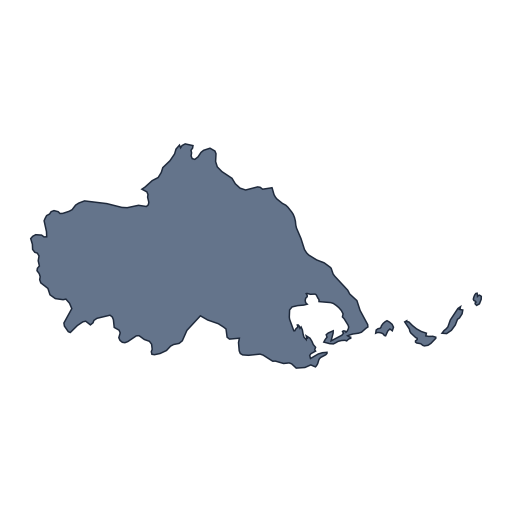 the border of Thessalia
{"feature_id": "GRC-2900", "entity_name": "Thessalia", "entity_type": "Region", "adm_level": 1, "iso_a3": "GRC", "parent_name": "Greece", "parent_adm1": "", "projection": "robinson", "projection_center": [22.751, 39.565], "detail": "fine", "context": "isolated", "style": "filled", "palette": "slate", "viewbox_px": 512, "rotation_deg": 0, "n_neighbors": 0, "source": "natural_earth", "source_scale": "10m", "svg_char_len": 4728}
<svg xmlns="http://www.w3.org/2000/svg" viewBox="0 0 512 512"><path d="M272.0,187.7L272.1,187.9L274.0,194.6L275.2,196.8L276.7,198.8L282.4,203.4L285.8,205.2L287.9,207.2L291.7,212.0L293.2,214.3L294.5,217.5L295.4,221.2L295.8,225.2L296.5,228.1L301.0,238.6L304.5,249.6L306.7,253.0L308.7,255.0L316.6,259.9L324.3,262.9L330.1,267.2L330.6,267.6L331.2,268.4L333.1,274.0L334.8,276.3L347.7,290.2L349.7,294.0L356.9,300.6L360.1,310.5L367.7,324.6L367.9,327.0L366.3,328.0L361.5,332.2L358.5,333.2L352.8,334.0L349.9,334.9L347.6,335.8L348.4,336.3L349.1,336.7L349.7,337.0L350.7,337.2L350.7,338.3L349.4,338.7L348.3,339.4L347.4,340.1L346.7,340.9L344.9,340.3L341.5,340.5L338.0,341.4L335.8,342.7L333.4,343.9L329.9,343.7L323.8,342.1L325.2,339.5L327.0,337.2L326.2,334.7L328.2,333.0L333.2,330.8L333.1,333.2L331.1,340.9L341.9,335.2L343.5,333.2L342.5,331.5L343.3,330.9L344.8,331.0L345.6,331.4L346.0,332.2L347.1,331.2L348.2,329.1L348.7,327.0L348.0,325.0L344.1,318.7L342.4,316.9L343.1,313.9L341.4,310.6L338.8,307.6L336.2,305.4L333.3,303.4L330.7,302.6L319.0,301.6L318.9,300.9L319.1,300.1L318.7,299.2L317.9,298.1L316.4,295.1L315.6,294.3L314.5,294.1L310.4,294.3L307.0,293.4L306.2,293.6L307.2,295.4L307.2,296.7L305.7,298.2L305.2,300.3L305.6,302.6L307.2,304.2L303.7,305.1L297.7,305.6L292.1,306.9L289.6,309.9L289.3,317.1L289.6,319.3L293.8,330.8L294.8,330.8L295.9,328.8L297.9,327.0L297.3,325.0L298.1,324.9L299.3,326.2L300.0,328.3L301.1,327.0L302.4,330.0L303.0,333.6L303.9,337.1L306.2,339.6L306.2,338.7L306.4,338.5L306.8,338.5L307.3,338.3L306.6,337.1L306.2,335.8L310.0,338.2L311.9,341.3L313.3,344.6L315.6,347.3L314.7,349.6L314.9,350.1L315.6,351.1L310.9,353.7L309.7,355.5L310.5,358.5L318.2,354.0L322.4,352.7L327.0,352.3L327.0,353.4L325.7,354.8L320.8,357.4L319.5,358.6L318.8,359.9L317.7,363.6L317.0,364.9L316.0,366.3L315.4,366.9L315.0,366.7L314.0,366.3L310.8,364.9L304.9,367.5L296.2,368.1L291.6,363.8L289.1,362.9L283.6,363.5L275.4,361.1L272.7,361.2L263.1,355.1L260.1,354.1L248.5,355.3L242.7,354.9L240.3,353.5L239.2,350.8L238.5,342.6L239.4,338.2L229.5,339.1L227.1,337.2L226.0,329.0L223.6,327.1L218.3,323.7L207.7,320.0L200.4,315.8L186.9,330.4L182.3,340.8L179.1,343.4L173.6,344.5L170.6,346.1L166.5,350.5L160.1,353.5L154.5,354.7L151.9,354.3L151.3,351.7L152.2,349.3L151.6,344.2L149.4,341.3L144.3,339.5L139.1,335.7L136.4,335.8L127.8,341.6L124.9,342.7L122.3,342.3L120.0,340.4L118.8,337.7L120.2,332.9L119.1,330.2L114.2,327.4L113.4,319.7L112.3,317.0L110.0,315.2L97.0,318.3L93.9,320.4L93.0,322.8L90.4,324.9L85.7,321.2L82.9,321.8L77.4,325.5L70.3,332.5L68.3,331.7L64.4,326.1L63.9,323.0L71.8,308.6L69.5,303.2L65.9,299.1L63.1,299.7L55.3,298.6L50.0,294.8L47.9,288.4L40.8,282.9L39.7,279.7L40.2,276.7L39.2,273.6L37.0,270.7L37.4,268.3L39.4,266.0L38.2,260.8L39.0,255.9L37.3,253.1L34.8,252.3L32.6,249.4L32.4,244.3L30.7,238.6L32.7,236.3L35.7,234.7L41.6,235.1L44.0,236.9L46.7,236.8L46.5,231.7L44.1,220.8L45.1,218.4L46.6,215.6L49.6,214.0L51.1,211.7L54.0,210.6L58.2,211.7L60.0,213.5L62.7,213.4L69.1,211.3L72.1,209.7L75.6,205.1L78.7,203.1L84.5,200.9L106.8,203.6L121.8,207.4L127.2,207.7L138.5,205.3L146.4,206.5L148.3,204.8L148.8,202.3L147.6,197.1L148.0,194.6L146.9,191.9L141.9,189.2L145.0,187.1L152.2,180.6L158.2,177.5L161.3,172.4L162.8,167.6L170.0,160.7L174.6,153.9L176.0,149.1L179.5,145.1L180.6,147.8L182.1,145.5L185.2,143.9L193.0,145.6L192.6,148.1L191.0,150.3L191.6,152.9L191.1,155.9L192.2,158.6L194.8,159.4L198.0,156.9L201.0,152.4L203.6,150.3L210.0,148.2L214.9,151.0L216.0,153.7L215.6,161.6L217.3,166.9L221.9,171.6L232.0,178.3L235.3,183.8L240.0,188.1L245.6,190.0L257.6,186.9L260.2,187.3L262.6,189.2L270.5,188.0L272.0,187.7ZM417.2,338.3L415.6,337.5L410.8,333.0L409.9,331.4L409.3,328.9L404.7,321.9L406.8,320.7L406.9,321.7L407.4,321.9L408.0,321.8L408.8,321.9L412.4,325.5L416.5,328.8L421.3,331.5L426.4,333.2L425.8,335.9L428.7,336.4L432.8,336.3L435.8,337.2L435.8,338.3L430.9,343.4L428.0,345.3L424.4,345.9L422.9,345.4L420.7,343.7L416.7,343.0L415.5,342.1L415.5,340.9L417.2,339.6L417.2,338.3ZM457.5,319.3L455.3,325.0L451.4,330.3L446.6,333.6L442.0,333.2L444.0,330.6L446.1,328.9L447.9,326.9L450.3,320.0L457.9,308.5L460.5,306.7L460.3,307.4L460.2,308.1L460.1,308.7L459.5,309.4L462.8,310.0L462.1,313.8L459.5,317.9L457.5,319.3ZM381.9,333.2L380.2,332.7L378.6,332.5L377.0,332.6L375.7,333.2L376.2,330.0L378.0,328.7L379.9,328.3L380.8,327.6L381.5,325.7L383.1,323.5L385.2,321.7L387.0,320.7L389.5,322.1L392.1,324.3L393.5,327.2L392.3,330.8L389.9,329.0L387.8,331.0L385.6,335.8L384.4,335.5L383.1,333.9L381.9,333.2ZM479.2,295.1L480.6,295.8L481.3,296.4L481.2,299.3L479.4,303.9L476.6,305.4L475.1,303.8L475.3,302.6L476.0,302.1L475.5,301.3L473.9,300.5L473.3,299.2L473.8,297.2L474.6,295.2L475.8,293.5L477.1,293.2L477.4,295.0L477.5,296.4L478.1,295.8L479.2,295.1Z" fill="#64748b" stroke="#1e293b" stroke-width="1.5"/></svg>